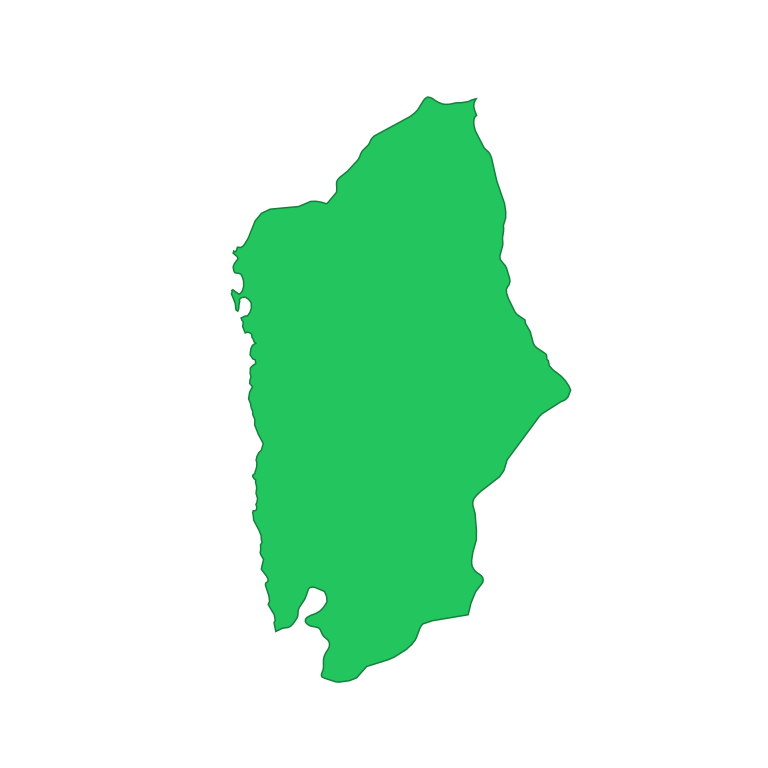 Áncash, Natural Earth projection, rotated 16°
{"feature_id": "PER-577", "entity_name": "Áncash", "entity_type": "Department", "adm_level": 1, "iso_a3": "PER", "parent_name": "Peru", "parent_adm1": "", "projection": "natural_earth1", "projection_center": [-77.843, -9.38], "detail": "fine", "context": "isolated", "style": "filled", "palette": "green", "viewbox_px": 768, "rotation_deg": 16, "n_neighbors": 0, "source": "natural_earth", "source_scale": "10m", "svg_char_len": 4365}
<svg xmlns="http://www.w3.org/2000/svg" viewBox="0 0 768 768"><g transform="rotate(16 384 384)"><path d="M348.2,651.7L344.1,643.8L344.6,641.3L342.1,636.0L338.5,632.7L333.5,627.9L333.9,624.4L331.9,619.6L328.4,614.4L325.5,610.1L325.1,608.1L326.7,606.0L326.4,603.5L324.2,601.2L317.1,595.9L316.8,591.7L316.6,585.9L313.1,582.5L311.5,580.5L311.1,577.0L309.6,572.5L310.5,569.9L308.7,566.8L307.8,563.8L304.2,559.1L296.2,550.7L294.5,546.3L293.3,544.0L293.2,541.8L294.8,541.5L296.0,540.2L295.7,537.5L294.0,534.9L294.5,533.5L294.2,530.9L294.1,529.1L291.1,524.3L290.3,519.2L289.3,516.8L287.6,513.9L287.1,511.6L285.1,510.8L284.5,509.8L283.4,509.4L283.1,508.2L283.4,507.0L284.5,505.7L284.3,503.3L284.5,500.8L284.3,498.0L283.5,494.6L282.1,492.6L281.8,488.9L282.6,484.5L284.3,481.5L284.4,474.6L277.0,466.9L270.9,458.9L269.7,453.8L266.5,449.9L265.0,446.0L263.1,443.8L260.9,439.3L257.9,435.6L257.1,428.9L258.3,422.8L254.7,420.5L254.0,416.9L254.2,413.9L252.4,410.7L251.2,405.4L252.7,402.4L255.1,399.7L253.5,396.2L251.1,396.1L247.2,392.8L246.3,386.8L246.9,383.1L248.3,381.4L249.5,380.1L247.4,379.2L245.7,376.7L244.2,375.5L243.1,372.7L240.7,371.7L238.1,372.0L236.5,373.2L232.2,367.6L232.0,365.6L231.6,363.1L229.8,361.8L228.4,359.9L230.1,358.5L231.8,356.9L233.9,356.3L235.4,352.0L235.6,347.6L233.9,342.4L230.4,339.9L226.7,338.7L223.9,339.9L222.4,341.1L221.8,342.8L222.6,344.6L222.7,347.3L223.6,351.7L223.4,354.3L221.3,353.6L218.8,347.6L215.2,342.8L212.5,339.5L212.6,337.2L211.9,336.0L212.8,335.0L215.7,336.2L220.1,337.7L221.3,336.0L222.2,333.4L222.2,328.9L220.6,323.7L218.6,320.5L216.1,317.8L213.5,317.7L210.1,318.2L208.5,316.7L206.7,313.2L207.0,309.6L208.3,306.0L209.2,303.8L207.6,301.9L203.0,300.0L202.9,297.6L204.4,298.1L205.3,296.6L205.4,292.9L208.8,292.2L210.5,290.3L211.3,288.6L213.3,281.2L215.2,262.6L219.3,253.5L226.4,247.3L253.1,236.9L263.2,228.7L267.8,227.2L272.5,226.6L277.3,226.5L278.1,226.7L279.6,226.1L285.5,212.8L284.7,209.0L283.3,205.1L282.8,202.9L283.1,200.6L284.4,197.8L290.4,189.3L297.1,175.9L297.7,173.8L298.0,171.9L298.1,169.7L298.4,167.8L299.0,165.7L303.1,158.4L303.6,156.5L304.1,152.9L305.0,150.4L306.6,147.9L335.6,119.5L338.7,115.2L340.8,111.3L343.8,100.6L345.0,98.1L346.8,96.1L349.9,95.9L352.3,96.3L354.5,97.2L358.7,98.3L363.5,98.7L366.5,98.1L370.1,96.9L375.7,93.9L380.5,92.4L387.2,89.3L390.4,86.5L394.0,84.4L393.0,88.4L393.8,92.6L396.0,96.4L399.0,100.3L397.7,102.5L397.6,105.2L398.2,107.9L399.1,110.4L401.9,115.3L415.4,129.7L419.4,131.6L421.2,132.6L422.4,133.7L424.8,136.6L436.6,158.0L450.1,177.3L453.6,185.0L455.2,190.9L455.1,198.9L456.1,201.3L456.7,203.7L457.7,211.1L459.6,216.5L459.9,218.4L460.1,229.1L461.2,231.9L463.2,233.7L468.0,236.8L470.0,239.1L475.6,247.8L476.8,250.6L476.9,253.9L476.0,256.5L475.5,259.1L476.6,262.5L479.8,267.3L490.2,278.8L492.7,280.5L501.9,283.6L503.2,286.6L510.2,293.5L516.3,303.7L518.4,305.8L520.9,307.1L530.9,310.4L532.1,311.2L532.8,312.7L533.2,314.2L533.9,315.5L535.5,316.2L537.8,320.8L542.2,323.7L551.6,327.4L557.1,330.6L562.1,334.8L565.1,338.5L564.5,345.7L563.3,348.0L561.9,349.9L558.8,352.4L544.2,369.0L542.3,372.3L523.3,422.9L523.1,434.2L520.6,441.4L506.2,461.1L503.6,465.7L502.0,469.4L501.9,471.9L502.1,473.9L503.0,476.4L507.2,483.3L513.3,499.5L515.7,508.3L515.8,521.5L516.9,529.7L517.9,532.7L519.1,535.1L522.0,537.9L523.7,539.0L525.6,539.8L528.0,540.5L530.3,541.4L532.5,543.2L533.4,545.3L533.6,547.2L533.0,549.3L529.6,557.6L529.1,560.0L528.0,570.7L528.5,582.6L495.8,598.2L487.4,604.0L486.5,606.1L485.9,608.4L485.0,619.2L484.5,621.7L482.5,626.6L478.5,633.2L469.0,643.8L464.3,647.7L445.2,660.3L438.6,674.1L432.4,678.8L422.8,683.0L419.9,683.6L408.4,683.2L405.1,682.7L404.0,681.1L403.9,679.1L404.2,676.6L404.1,674.2L403.6,671.9L402.3,667.6L401.8,665.4L401.6,663.0L401.7,661.0L402.1,658.6L403.4,654.2L403.8,651.9L403.5,649.7L402.4,647.1L400.5,645.5L395.3,643.1L393.4,641.3L389.9,637.2L387.9,636.4L385.8,636.4L381.2,636.9L378.6,636.7L375.4,635.5L373.8,633.8L373.4,631.8L374.0,630.3L374.4,629.5L377.1,626.8L381.8,623.3L384.6,620.4L385.7,618.8L386.8,616.8L388.3,612.8L389.2,608.9L387.5,604.4L386.8,603.2L383.9,599.8L373.3,598.5L371.1,599.0L368.8,600.2L367.9,601.9L367.4,610.6L367.1,612.9L364.3,621.8L363.9,624.0L364.1,626.2L364.9,629.8L365.0,631.1L364.8,633.1L364.0,635.9L362.5,640.0L361.0,642.5L359.3,644.2L357.6,645.1L354.3,646.5L353.4,647.1L348.2,651.7L348.2,651.7Z" fill="#22c55e" stroke="#15803d" stroke-width="1.5"/></g></svg>